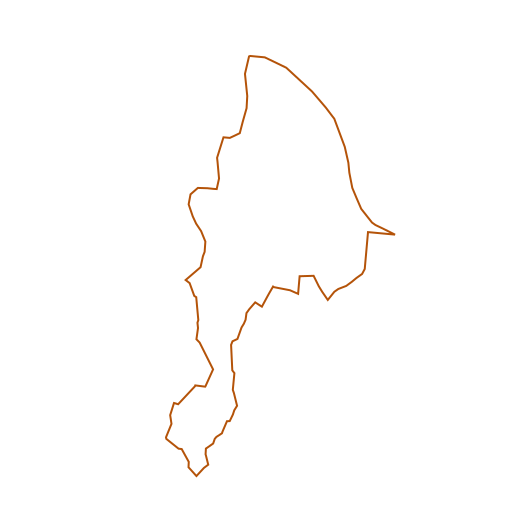 Itu, Akwa Ibom, Nigeria, rotated 343°
{"feature_id": "59680162B41031546236215", "entity_name": "Itu", "entity_type": "district", "adm_level": 2, "iso_a3": "NGA", "parent_name": "Nigeria", "parent_adm1": "Akwa Ibom", "projection": "equal_earth", "projection_center": [7.964, 5.137], "detail": "fine", "context": "isolated", "style": "outline", "palette": "amber", "viewbox_px": 512, "rotation_deg": 343, "n_neighbors": 0, "source": "geoboundaries", "source_scale": "gbopen_adm2", "svg_char_len": 1613}
<svg xmlns="http://www.w3.org/2000/svg" viewBox="0 0 512 512"><g transform="rotate(343 256 256)"><path d="M201.1,361.7L199.9,358.4L206.2,333.7L208.6,330.7L214.0,329.9L221.3,320.1L224.6,317.2L227.4,313.9L230.2,307.8L234.0,304.9L241.7,300.1L246.8,306.2L254.8,298.3L257.9,295.3L263.4,290.2L264.0,291.0L278.5,298.7L285.2,304.5L291.8,288.1L305.3,291.8L307.2,303.3L308.8,309.5L311.8,319.0L320.5,313.1L325.1,311.6L333.5,311.0L340.1,308.7L345.6,306.4L352.2,304.2L356.2,300.2L370.1,265.9L395.2,276.2L389.2,270.5L384.1,265.7L379.3,261.3L376.7,257.9L370.4,241.7L369.1,230.0L368.0,219.0L369.6,203.7L371.6,193.8L372.8,177.6L371.0,147.6L369.7,144.2L366.2,134.6L357.7,115.1L340.0,84.8L322.5,68.6L308.9,63.0L307.7,63.1L298.7,78.6L294.4,100.5L290.2,111.9L282.6,123.7L276.4,133.8L270.5,134.7L267.6,135.1L265.5,135.4L259.6,133.0L247.5,150.7L246.7,154.9L243.3,171.1L238.0,180.5L235.3,179.5L229.4,177.0L220.3,173.9L211.4,177.9L206.7,186.9L207.1,199.6L208.2,207.5L210.8,216.2L211.8,227.4L208.1,237.0L205.2,240.7L199.7,250.5L181.7,258.4L184.6,262.5L185.3,276.1L186.8,277.9L182.1,300.4L180.5,302.7L179.5,307.9L174.7,318.2L176.8,322.3L181.8,351.9L169.5,365.9L169.2,366.1L160.1,362.0L159.6,362.7L138.2,375.0L134.6,372.6L127.4,383.1L126.1,391.8L116.9,403.1L116.8,404.7L125.6,417.6L128.5,418.9L131.5,433.2L129.7,438.3L134.7,449.0L144.3,443.4L149.3,441.6L149.8,432.1L149.8,431.1L149.8,430.9L151.8,425.5L152.8,425.2L160.2,422.8L163.1,418.8L165.3,417.4L171.6,415.6L172.6,414.2L179.6,405.9L179.9,405.5L182.6,406.2L187.6,400.8L190.1,397.2L194.1,393.7L194.8,380.7L194.7,377.2L201.1,361.7Z" fill="none" stroke="#b45309" stroke-width="2"/></g></svg>